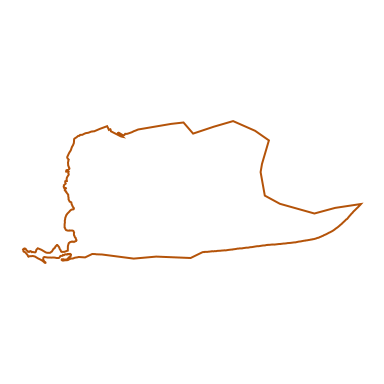 outline of Anloga, Volta, Ghana
{"feature_id": "2480657B74011824532465", "entity_name": "Anloga", "entity_type": "district", "adm_level": 2, "iso_a3": "GHA", "parent_name": "Ghana", "parent_adm1": "Volta", "projection": "albers", "projection_center": [0.753, 5.825], "detail": "fine", "context": "isolated", "style": "outline", "palette": "amber", "viewbox_px": 384, "rotation_deg": 0, "n_neighbors": 0, "source": "geoboundaries", "source_scale": "gbopen_adm2", "svg_char_len": 5690}
<svg xmlns="http://www.w3.org/2000/svg" viewBox="0 0 384 384"><path d="M24.8,248.5L24.6,248.8L24.4,249.0L23.7,248.8L23.0,249.5L23.4,250.4L23.4,251.0L23.5,251.4L23.8,251.7L24.7,252.0L25.4,252.5L27.6,255.1L28.1,256.3L28.5,256.7L29.6,256.2L31.2,256.2L32.8,256.0L34.9,256.5L38.0,258.4L40.5,259.6L42.2,260.6L44.0,262.0L44.4,262.5L45.1,262.9L45.4,262.9L45.5,262.5L45.3,262.2L44.5,261.7L44.1,261.2L43.3,259.7L43.2,259.3L43.3,258.1L43.5,257.5L43.9,257.2L44.3,257.0L47.5,257.5L49.5,257.5L51.7,257.6L52.5,257.5L53.2,257.5L54.8,257.6L56.6,258.0L58.6,258.0L59.0,257.9L59.6,257.3L60.4,256.0L60.7,255.9L61.8,255.9L62.4,255.8L62.8,255.5L63.0,254.9L63.8,255.1L64.1,255.1L64.6,254.8L65.1,254.3L65.6,254.3L66.4,254.5L66.8,254.5L66.9,254.4L67.1,254.2L67.3,254.1L67.8,254.4L68.1,254.3L68.2,254.0L68.4,254.0L69.2,254.0L69.5,254.2L69.9,253.9L70.2,253.9L70.5,254.1L71.0,254.6L71.0,254.9L70.7,255.7L70.6,256.2L70.5,256.4L70.2,256.5L69.8,257.0L69.0,257.3L68.7,257.5L68.0,258.5L67.4,259.0L66.2,259.7L65.7,259.7L65.2,259.5L64.0,259.6L63.2,259.2L62.9,259.2L62.5,259.6L61.8,259.4L61.7,259.6L61.7,260.0L62.4,260.5L63.1,260.6L64.9,260.3L67.2,260.2L67.9,260.0L68.5,259.8L69.2,259.2L70.8,258.7L71.6,258.5L72.9,258.5L74.9,257.7L77.6,257.3L78.7,257.0L85.1,257.4L92.2,254.0L92.6,254.0L95.3,254.1L96.3,254.3L102.0,254.5L133.7,258.6L156.2,256.6L190.6,258.0L202.5,252.2L204.6,251.9L204.7,252.0L205.0,251.9L207.4,251.9L208.4,251.7L209.2,251.7L210.0,251.5L211.5,251.4L211.9,251.3L212.0,251.2L213.0,251.3L213.9,251.3L214.6,251.1L216.0,251.2L217.2,250.9L220.8,250.7L221.2,250.6L224.1,250.4L224.3,250.3L225.7,250.4L227.9,250.0L230.2,249.7L232.3,249.5L232.6,249.5L232.7,249.4L235.8,249.0L237.6,248.6L238.8,248.6L239.5,248.4L242.1,248.4L242.7,248.2L245.5,247.8L246.0,247.7L247.1,247.7L247.8,247.7L248.9,247.5L250.2,247.2L251.9,247.1L255.9,246.4L257.2,246.2L258.7,246.2L262.9,245.5L265.0,245.4L266.5,245.0L267.3,245.0L267.4,244.9L268.9,244.8L269.0,244.9L272.3,244.5L272.8,244.6L273.0,244.5L274.1,244.5L274.3,244.6L279.1,244.0L280.6,244.0L280.7,243.9L281.7,243.8L284.0,243.5L285.0,243.5L286.6,243.3L287.5,243.1L290.5,242.9L294.2,242.4L295.3,242.4L298.8,241.6L300.9,241.4L301.1,241.3L304.2,240.7L305.1,240.7L305.4,240.5L307.2,240.3L308.7,240.0L310.1,239.8L310.6,239.6L312.0,239.5L312.2,239.3L313.8,239.1L314.9,238.8L316.0,238.5L317.4,237.9L318.3,237.8L318.9,237.6L319.5,237.2L320.9,236.7L322.1,236.1L323.2,235.7L323.9,235.2L325.2,234.7L325.5,234.5L326.1,234.3L328.5,233.0L328.8,232.8L330.0,232.3L332.6,230.9L334.8,229.4L335.3,228.9L337.9,227.1L338.4,226.6L338.7,226.4L339.9,225.4L340.0,225.2L341.8,223.8L342.1,223.4L345.2,220.5L346.0,219.6L347.2,218.9L348.9,216.7L350.5,214.9L351.5,213.7L352.5,212.8L353.3,211.7L355.2,209.9L357.2,207.9L357.5,207.7L360.2,204.9L361.0,204.0L335.1,207.9L314.4,213.5L279.9,203.8L264.8,195.6L260.6,172.1L262.0,163.9L268.9,140.4L255.1,130.8L233.1,121.1L213.8,126.7L193.1,133.6L183.5,122.5L171.1,123.9L138.1,129.5L135.5,130.6L133.8,131.2L131.9,132.2L128.8,133.3L126.9,133.9L125.2,133.8L124.4,135.0L124.1,135.2L123.4,135.2L122.2,134.8L118.9,132.8L118.6,132.7L118.1,132.9L117.9,133.0L117.8,133.6L118.0,133.8L120.0,134.5L122.6,136.8L121.2,136.5L120.3,136.1L110.9,131.3L110.5,129.4L110.3,129.2L108.9,129.9L107.7,127.2L107.4,127.0L107.1,126.2L99.8,128.9L94.2,131.3L93.0,131.3L92.4,131.5L91.5,131.5L89.0,132.5L88.1,132.8L86.0,133.1L84.6,133.6L82.3,134.8L80.1,134.9L79.4,135.8L78.2,135.9L76.4,137.4L75.5,137.9L74.4,138.7L74.1,139.2L74.0,141.5L73.8,143.3L73.6,143.7L73.3,144.4L73.0,145.2L71.9,147.0L71.8,147.5L71.5,148.1L71.0,149.8L70.7,150.4L70.2,151.3L69.7,152.0L69.1,153.0L67.6,156.2L67.3,156.8L67.2,157.4L67.6,158.5L68.2,159.0L68.7,159.7L68.4,160.0L68.3,160.5L68.4,161.0L68.0,162.3L68.2,165.7L68.7,166.4L68.7,166.7L69.0,167.7L69.4,168.2L69.4,168.7L69.1,169.2L68.1,170.0L67.0,170.0L66.3,170.4L66.1,171.6L66.4,171.7L67.0,171.3L68.6,171.8L68.2,173.0L68.7,174.1L68.7,174.4L68.7,174.7L67.7,176.2L66.9,177.6L66.7,178.6L66.6,179.6L66.9,180.8L66.9,181.0L66.6,181.0L66.0,180.9L65.8,181.1L65.3,181.2L65.2,181.6L65.2,182.3L65.7,183.6L63.9,185.2L64.0,185.6L63.9,186.2L63.7,186.4L63.7,186.8L64.2,188.1L64.4,188.2L65.5,187.9L65.8,188.0L66.0,188.3L65.9,188.5L65.0,189.2L64.7,190.0L64.8,190.3L65.2,190.6L65.4,191.0L65.9,191.2L66.2,191.6L66.1,192.0L68.2,194.7L68.2,194.9L68.3,196.7L68.6,197.8L68.5,199.2L68.6,199.5L69.7,201.7L70.7,202.0L71.3,202.4L71.4,202.8L71.6,204.0L72.9,206.9L73.8,208.0L73.9,208.4L73.8,208.9L73.5,209.3L73.1,209.4L72.0,209.5L71.4,209.7L70.7,210.2L70.0,210.8L69.3,211.7L67.2,213.8L66.9,214.5L66.4,214.9L65.2,218.1L65.2,218.9L65.0,219.8L64.8,220.7L64.9,222.8L64.7,223.5L64.6,224.3L64.6,227.6L65.1,228.1L65.2,228.7L65.6,229.4L66.1,230.1L66.7,230.3L66.9,230.3L67.7,230.6L68.5,230.6L69.1,230.7L69.6,230.4L69.9,230.5L70.7,230.5L71.8,230.5L72.6,230.6L73.3,230.9L73.6,231.3L73.8,232.0L74.1,232.6L74.0,233.0L73.9,234.1L74.1,235.5L74.5,235.9L74.7,236.8L75.1,237.5L75.6,237.8L75.9,238.9L76.5,240.2L76.1,241.0L75.2,241.3L74.8,241.6L74.5,241.6L74.2,241.8L74.1,241.6L73.5,241.7L72.6,241.8L72.3,241.8L72.0,241.5L71.8,241.6L71.6,241.8L70.2,242.0L69.5,242.7L69.0,242.9L68.7,243.3L67.9,246.1L67.8,250.6L64.2,251.9L61.5,251.9L61.1,251.5L60.6,250.2L60.1,249.6L59.7,248.9L59.1,247.2L58.5,246.4L57.3,245.0L56.9,245.0L56.7,245.2L56.4,245.7L55.6,246.3L55.3,247.0L55.0,247.3L54.9,247.8L54.4,248.1L54.2,248.5L53.6,248.7L51.9,251.5L51.2,251.9L50.4,252.6L49.9,252.8L47.3,252.8L46.3,252.6L45.6,252.3L41.6,249.9L40.5,249.4L37.8,248.3L36.4,249.7L35.8,251.8L35.3,252.3L35.1,252.4L32.7,252.0L32.0,251.9L31.8,252.1L31.2,251.7L31.0,251.4L30.8,251.2L30.3,251.1L29.8,251.3L29.4,251.8L28.7,251.6L28.3,251.9L28.0,251.8L27.8,251.7L27.4,250.9L26.8,250.5L26.3,250.0L25.6,248.8L25.1,248.6L24.8,248.5Z" fill="none" stroke="#b45309" stroke-width="2"/></svg>